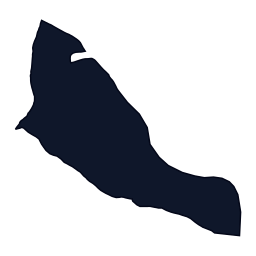 Massacre, Anse-la-Raye, Saint Lucia (Albers equal-area conic projection)
{"feature_id": "8701671B60259256363554", "entity_name": "Massacre", "entity_type": "district", "adm_level": 2, "iso_a3": "LCA", "parent_name": "Saint Lucia", "parent_adm1": "Anse-la-Raye", "projection": "albers", "projection_center": [-61.037, 13.949], "detail": "fine", "context": "isolated", "style": "filled", "palette": "ink", "viewbox_px": 256, "rotation_deg": 0, "n_neighbors": 0, "source": "geoboundaries", "source_scale": "gbopen_adm2", "svg_char_len": 2691}
<svg xmlns="http://www.w3.org/2000/svg" viewBox="0 0 256 256"><path d="M239.5,235.6L240.6,212.1L240.1,208.9L238.0,195.8L237.8,194.6L233.8,186.5L229.3,181.8L222.0,178.3L213.5,177.1L204.4,177.7L203.1,177.5L194.8,176.0L182.3,172.5L168.2,165.5L159.1,157.3L150.0,144.4L147.2,127.5L139.3,114.1L127.4,102.4L118.1,90.5L116.8,88.5L115.9,86.5L115.6,85.9L113.6,82.1L112.3,80.2L110.8,78.6L109.4,76.8L108.6,74.7L105.7,71.8L103.4,69.7L100.8,66.9L98.0,63.7L95.5,60.9L94.6,60.0L93.3,59.2L91.9,58.5L90.6,58.5L88.0,58.8L85.0,58.9L82.9,59.3L80.8,59.9L78.0,60.8L74.2,62.1L70.9,62.9L70.3,61.4L70.1,58.5L70.2,57.3L70.4,55.8L71.5,54.1L72.0,53.9L73.0,53.1L74.8,52.5L76.0,52.2L79.0,52.0L80.8,52.0L82.1,51.8L83.6,51.5L84.7,51.3L85.2,51.2L84.4,50.0L83.7,48.8L83.1,48.0L82.1,46.1L80.7,43.4L80.3,42.7L79.0,41.2L78.1,40.4L76.3,39.0L72.1,36.2L70.2,35.2L68.8,34.4L66.7,33.6L64.2,32.4L61.7,31.0L57.5,28.7L53.6,26.5L51.5,25.2L50.5,24.7L49.0,24.1L41.6,20.4L40.5,23.6L40.4,24.4L39.9,26.9L39.2,28.0L38.4,30.7L38.0,31.2L37.8,31.8L37.6,32.2L37.5,32.5L36.5,36.9L34.5,41.4L33.4,44.7L32.8,47.6L32.8,48.7L33.0,50.0L33.1,51.6L32.6,54.3L32.6,56.4L32.4,58.3L31.8,66.4L31.6,68.3L31.0,71.0L30.9,72.1L31.0,72.7L31.0,74.0L30.5,75.1L30.5,76.8L30.7,77.4L30.7,80.1L30.8,81.6L31.0,83.3L32.0,87.8L32.6,89.7L33.5,93.1L34.1,95.1L34.6,96.2L34.6,98.9L34.5,101.7L34.1,102.2L33.5,104.8L32.3,107.2L31.5,108.7L30.1,110.9L28.7,112.8L28.2,113.1L27.1,115.9L26.7,116.3L26.2,116.7L25.6,117.3L24.8,117.8L23.8,118.7L23.0,119.5L21.6,120.4L20.4,121.5L19.7,122.7L19.5,123.7L19.3,124.1L17.3,126.5L16.8,127.2L16.3,127.9L15.7,128.9L15.4,129.3L15.6,129.2L16.8,128.9L17.1,128.8L20.0,128.1L21.6,127.4L23.5,127.9L25.0,129.2L26.3,130.4L28.2,132.1L32.1,134.5L32.6,134.8L36.2,136.8L39.1,139.1L39.6,140.2L39.9,140.8L41.6,144.1L43.8,147.3L46.1,150.5L49.9,153.7L53.3,155.1L57.1,156.1L61.1,159.0L64.0,162.1L64.6,162.5L67.1,163.7L69.3,165.0L72.4,166.6L75.8,169.0L77.8,170.5L80.4,172.1L82.6,174.6L83.7,175.9L84.0,176.1L86.3,178.0L87.3,179.3L89.6,181.3L92.7,183.2L95.7,185.6L97.2,187.1L98.5,188.4L100.9,190.4L103.1,191.7L105.9,193.3L108.5,194.5L112.1,196.3L112.5,196.4L113.0,196.6L116.2,197.5L117.6,197.4L119.3,197.3L121.3,196.9L123.6,197.2L125.6,197.8L126.5,198.0L130.2,198.8L132.0,198.9L132.4,200.1L132.8,201.2L133.6,201.9L136.9,204.8L137.9,205.3L140.0,206.4L144.5,206.4L145.7,206.4L150.1,206.3L154.5,207.2L156.3,207.5L158.6,208.0L162.0,208.0L163.8,209.0L166.3,210.3L168.7,211.2L169.6,211.5L170.5,211.9L174.0,212.9L175.3,213.2L179.3,214.1L182.6,215.3L183.8,215.6L184.3,215.8L187.0,216.6L187.6,216.9L190.7,218.5L195.1,222.1L198.6,224.6L202.0,226.6L202.7,227.1L203.5,227.4L211.6,230.6L214.6,232.9L215.6,233.0L239.5,235.6Z" fill="#0f172a" stroke="#020617" stroke-width="1.5"/></svg>